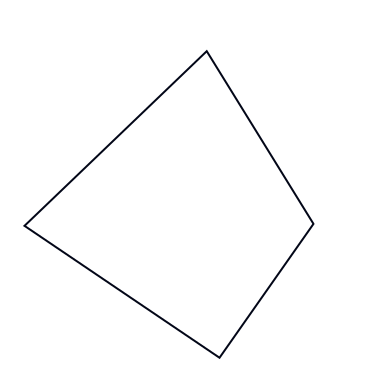 outline of Paris Paris, Al Wadi at Jadid, Egypt, rotated 305°
{"feature_id": "37247803B13722182372819", "entity_name": "Paris Paris", "entity_type": "district", "adm_level": 2, "iso_a3": "EGY", "parent_name": "Egypt", "parent_adm1": "Al Wadi at Jadid", "projection": "natural_earth1", "projection_center": [30.442, 22.93], "detail": "fine", "context": "isolated", "style": "outline", "palette": "ink", "viewbox_px": 384, "rotation_deg": 305, "n_neighbors": 0, "source": "geoboundaries", "source_scale": "gbopen_adm2", "svg_char_len": 234}
<svg xmlns="http://www.w3.org/2000/svg" viewBox="0 0 384 384"><g transform="rotate(305 192 192)"><path d="M72.0,309.6L235.5,309.8L235.6,309.7L315.8,123.3L68.2,74.2L72.0,309.6Z" fill="none" stroke="#020617" stroke-width="2"/></g></svg>